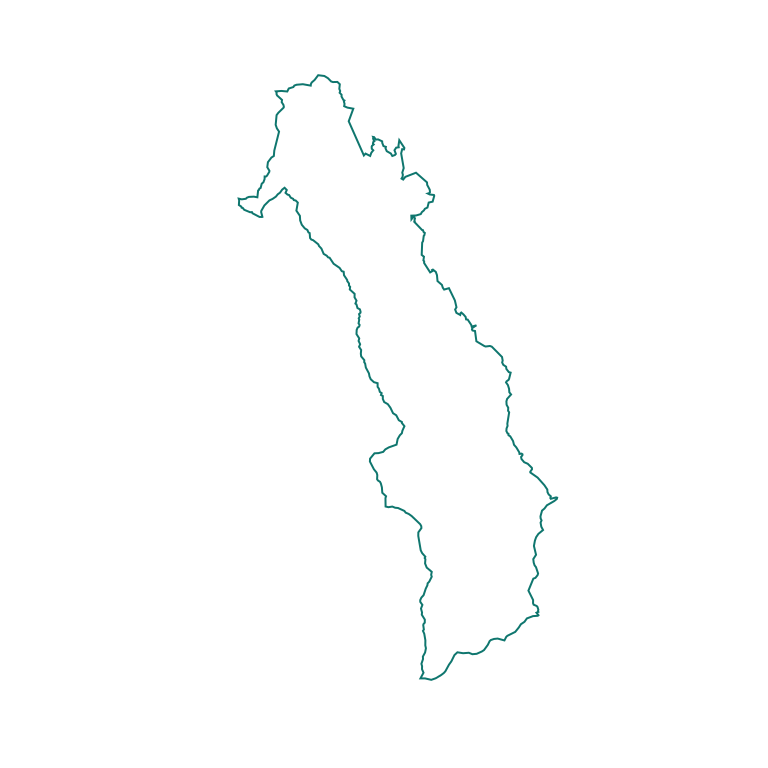 Izvoarele, Prahova, Romania, rotated 217°
{"feature_id": "2599482B60972398280668", "entity_name": "Izvoarele", "entity_type": "district", "adm_level": 2, "iso_a3": "ROU", "parent_name": "Romania", "parent_adm1": "Prahova", "projection": "mercator", "projection_center": [25.925, 45.31], "detail": "fine", "context": "isolated", "style": "outline", "palette": "teal", "viewbox_px": 768, "rotation_deg": 217, "n_neighbors": 0, "source": "geoboundaries", "source_scale": "gbopen_adm2", "svg_char_len": 6166}
<svg xmlns="http://www.w3.org/2000/svg" viewBox="0 0 768 768"><g transform="rotate(217 384 384)"><path d="M622.4,591.0L622.4,585.1L623.2,581.2L622.9,579.6L622.1,578.2L629.2,574.6L633.9,570.4L635.2,568.4L635.1,566.6L637.9,562.7L637.3,559.4L642.3,556.3L646.5,552.6L645.1,552.1L644.4,550.9L643.0,550.1L636.4,549.5L635.3,547.5L632.3,546.4L630.7,545.0L630.5,544.2L631.6,537.1L631.6,534.1L626.5,525.8L623.4,523.7L619.7,522.4L612.1,504.4L609.2,499.8L610.2,497.1L610.2,491.3L607.7,486.9L603.8,485.3L603.3,484.4L602.8,479.9L603.2,478.5L604.2,477.9L602.7,475.8L601.7,472.5L602.2,470.4L600.5,466.3L601.1,465.0L600.7,463.7L601.0,462.8L597.5,456.9L600.7,455.3L604.5,452.1L605.6,450.3L605.8,448.8L608.7,445.9L611.6,444.6L610.2,443.5L607.6,439.6L604.7,439.8L603.8,439.1L602.7,439.6L600.5,439.0L594.3,440.6L592.9,441.8L591.8,441.2L584.0,442.5L581.9,444.0L581.7,444.3L585.6,447.4L586.2,448.5L587.0,454.6L586.0,461.7L584.4,464.7L583.1,468.6L583.0,471.6L582.2,474.2L582.3,478.0L581.5,480.9L578.4,480.4L577.7,477.4L575.0,477.2L573.5,477.8L570.6,476.7L568.0,477.2L566.7,476.6L565.0,477.4L562.0,477.0L558.3,469.7L552.4,467.7L549.4,464.2L545.5,461.7L540.9,460.6L537.9,460.9L535.6,459.6L534.2,459.8L530.9,456.1L529.0,455.6L527.1,456.2L520.5,456.0L519.0,455.1L515.5,454.5L510.5,451.6L506.9,452.0L504.9,451.5L503.4,452.1L496.6,449.7L489.3,450.0L485.6,448.7L483.8,449.4L481.4,446.8L476.0,444.9L475.3,444.1L472.4,443.2L471.2,441.6L469.5,441.2L468.2,438.9L461.7,438.3L459.7,435.5L456.1,434.0L455.2,431.0L453.9,431.0L450.9,428.7L448.2,429.1L446.3,427.7L445.7,426.8L446.0,424.8L444.0,423.3L443.7,421.2L442.5,420.5L440.8,417.1L439.0,416.5L438.4,414.9L439.0,413.2L438.4,410.8L436.0,407.3L431.2,405.5L430.2,403.1L427.0,401.4L426.3,398.7L422.7,397.4L420.7,394.2L418.8,392.3L414.1,391.2L412.9,389.5L411.4,389.0L408.4,386.2L402.4,383.4L400.1,381.3L397.4,379.8L393.1,379.4L389.6,380.8L387.4,377.9L385.2,377.2L382.6,375.2L380.4,375.3L379.8,373.4L377.7,373.7L376.0,371.4L373.0,369.7L368.8,370.2L364.6,368.9L359.2,366.1L355.4,366.4L350.4,364.0L346.8,364.4L346.2,363.6L342.3,362.6L341.2,357.8L340.1,355.4L340.5,352.6L340.0,348.3L337.5,343.1L342.0,336.3L343.6,332.6L343.8,329.3L346.8,325.5L349.9,322.9L350.2,316.0L348.6,313.6L340.7,309.8L336.6,308.8L334.6,307.3L332.2,303.8L330.8,303.3L328.4,303.5L326.7,302.7L323.5,300.2L319.9,296.1L314.8,295.6L314.2,293.8L309.0,287.1L306.3,288.3L303.6,291.1L300.6,291.9L298.2,293.4L291.3,294.9L289.3,294.3L286.1,295.1L282.5,295.2L270.7,293.8L268.7,292.9L267.4,291.4L267.3,286.2L265.2,283.3L254.6,273.3L251.8,271.9L247.0,270.9L246.8,269.5L245.5,269.0L243.2,265.4L239.4,263.1L232.8,262.7L231.5,260.0L229.9,258.8L228.9,253.3L229.2,251.1L228.2,249.3L227.5,245.7L225.3,239.2L225.6,235.9L225.0,233.2L223.9,231.8L220.4,230.7L219.3,226.9L216.1,224.4L215.0,222.5L209.6,220.4L207.8,217.9L208.0,216.3L207.6,215.1L204.4,211.9L204.3,210.3L201.6,208.8L196.7,204.2L193.7,200.1L191.5,198.2L189.6,194.3L188.9,189.7L187.3,187.8L185.7,183.0L183.8,181.6L182.0,179.1L178.7,177.2L177.7,170.8L174.0,173.6L168.2,176.2L165.6,180.1L163.2,186.0L162.3,189.2L162.1,191.5L163.2,199.0L163.3,203.1L164.6,209.9L163.9,213.9L158.8,216.6L154.5,220.4L150.8,221.4L147.6,224.3L144.9,229.2L144.0,231.7L144.1,238.2L144.9,242.2L144.6,243.8L142.7,246.6L140.0,249.1L133.5,251.7L134.2,255.7L133.9,257.2L130.0,265.0L129.8,270.7L130.1,274.5L128.7,278.6L128.8,282.8L125.3,288.3L121.7,291.4L121.5,292.3L124.6,293.1L123.6,294.9L124.3,295.2L124.9,296.6L127.2,298.3L128.5,298.6L131.7,297.8L133.1,298.7L134.9,301.2L144.3,305.9L147.6,318.4L146.4,320.3L146.3,323.7L146.9,325.4L152.4,329.2L154.6,329.8L156.9,331.4L159.4,334.0L159.8,339.1L166.8,344.9L169.2,349.7L170.3,353.2L170.5,357.2L169.1,363.1L172.5,364.7L175.5,367.5L176.1,369.9L178.0,370.9L179.4,372.5L181.6,378.0L180.9,381.1L180.9,385.2L177.6,393.0L176.8,396.2L177.3,397.4L178.3,397.0L181.7,392.7L182.5,393.0L183.2,394.7L186.0,394.9L188.3,396.0L190.1,398.0L195.0,399.7L205.0,401.7L213.9,401.4L214.4,402.0L214.5,405.0L215.4,406.0L221.2,406.8L225.0,405.9L229.0,406.8L230.6,408.2L230.6,410.5L231.1,411.2L232.2,411.2L233.7,409.7L234.8,410.8L240.2,413.0L243.6,413.7L246.6,416.1L251.7,418.2L253.7,418.0L254.7,419.2L255.6,418.9L258.0,420.1L259.4,422.3L260.1,424.9L261.6,426.5L267.0,436.7L268.8,437.3L270.5,439.8L273.6,441.2L275.8,443.8L276.7,446.2L276.2,452.1L278.9,452.8L281.2,455.4L284.4,457.7L287.5,458.7L287.7,459.9L287.0,462.3L287.2,463.4L289.7,469.3L291.5,468.6L295.4,469.7L296.9,471.3L300.3,471.1L302.6,472.3L303.3,474.1L306.0,476.6L320.4,478.7L322.3,478.1L325.4,475.1L326.7,474.7L335.9,473.7L343.2,481.1L345.5,480.0L346.6,480.5L347.2,481.9L345.5,486.5L348.5,482.6L349.9,483.7L355.9,485.8L357.3,485.0L359.2,486.7L362.5,487.4L365.3,487.6L365.5,486.7L364.7,485.0L369.0,484.4L372.0,486.3L372.3,488.9L377.7,493.4L389.8,499.6L392.8,495.6L395.0,496.3L397.4,498.0L403.2,498.4L407.2,502.8L410.1,504.7L413.8,504.8L414.2,504.0L413.2,503.5L414.3,500.9L424.8,504.8L425.8,506.2L426.9,506.4L428.7,509.7L431.6,509.8L438.6,519.9L438.8,521.6L441.4,526.2L441.3,527.0L442.3,529.2L443.8,529.2L445.5,530.3L446.3,529.9L457.2,531.7L457.0,532.1L458.4,533.3L458.8,534.7L460.3,535.6L460.9,535.4L460.5,535.1L461.2,534.4L461.2,532.1L463.5,534.9L459.8,537.9L456.9,541.8L457.2,544.0L456.6,546.7L456.8,548.5L455.5,551.1L457.5,555.8L454.9,558.9L457.1,564.5L457.9,565.0L461.5,562.9L463.6,562.5L462.8,563.6L462.7,564.8L464.4,566.7L469.3,569.0L471.0,570.9L485.6,572.0L491.6,562.3L491.7,558.8L493.6,558.6L493.8,560.5L494.8,562.4L496.6,563.8L498.2,568.3L509.1,578.5L510.8,582.5L509.2,583.4L509.8,584.8L518.5,587.9L515.8,582.9L514.7,581.9L516.5,580.1L516.3,577.0L513.0,574.9L513.1,573.4L514.6,571.1L517.2,572.2L521.9,571.6L524.6,573.1L525.2,574.5L527.6,573.7L530.5,575.5L531.5,576.7L535.9,575.8L537.6,574.3L540.5,575.2L541.3,574.8L540.5,574.4L540.6,573.7L539.4,572.7L537.8,572.1L538.2,570.7L537.4,569.2L536.4,569.1L536.9,566.9L536.6,566.0L535.3,564.5L533.2,564.2L533.3,561.1L532.3,557.8L537.4,556.9L537.6,554.4L570.3,572.6L574.2,585.4L579.6,582.7L583.0,581.9L584.1,584.0L586.0,585.4L586.2,586.6L587.4,586.4L590.9,588.0L592.0,589.5L594.7,589.9L595.3,591.6L597.3,592.8L599.7,596.8L603.0,597.2L606.5,594.4L608.3,593.8L612.8,594.5L617.0,594.1L622.4,591.0Z" fill="none" stroke="#0f766e" stroke-width="2"/></g></svg>